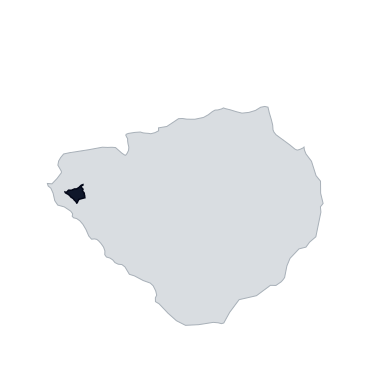 location of Baltasar Brum, Artigas, Uruguay, rotated 306°
{"feature_id": "84410073B74350998718142", "entity_name": "Baltasar Brum", "entity_type": "district", "adm_level": 2, "iso_a3": "URY", "parent_name": "Uruguay", "parent_adm1": "Artigas", "projection": "natural_earth1", "projection_center": [-57.383, -30.74], "detail": "fine", "context": "in_parent", "style": "filled", "palette": "ink", "viewbox_px": 384, "rotation_deg": 306, "n_neighbors": 0, "source": "geoboundaries", "source_scale": "gbopen_adm2", "svg_char_len": 3166}
<svg xmlns="http://www.w3.org/2000/svg" viewBox="0 0 384 384"><g transform="rotate(306 192 192)"><path d="M294.2,256.2L292.1,258.2L289.8,261.8L287.1,270.6L278.1,282.8L276.3,289.6L266.6,296.8L259.8,304.8L255.5,304.6L251.5,308.1L228.6,318.5L220.5,316.6L214.4,316.6L208.9,312.0L196.0,310.3L188.0,312.2L177.2,317.2L173.9,317.2L171.6,316.9L165.7,314.8L162.6,310.3L146.0,305.1L132.6,293.4L116.8,293.2L104.7,294.7L102.8,293.2L101.6,290.1L99.0,285.8L88.6,275.4L80.3,265.1L78.7,255.0L79.8,244.0L82.2,231.0L81.8,226.9L84.8,224.6L87.8,224.1L90.7,220.7L93.3,215.7L93.8,211.8L91.7,204.6L90.3,194.7L88.6,189.7L92.0,181.8L92.1,178.0L90.2,174.7L89.6,171.2L90.5,167.7L90.3,164.3L89.1,161.0L90.0,158.3L93.1,156.2L95.4,152.9L96.9,148.5L97.6,145.1L97.7,142.8L96.7,140.6L94.8,138.5L95.7,134.4L99.3,128.3L101.7,122.8L102.8,118.1L102.7,114.2L101.5,111.3L102.0,109.3L104.2,108.3L105.2,105.2L104.9,97.5L102.5,91.1L104.3,86.1L109.4,80.3L112.1,75.6L112.3,72.1L113.9,70.0L116.3,73.9L123.6,74.9L130.8,75.0L132.0,74.1L134.9,67.7L138.7,65.9L142.8,65.5L147.3,65.8L152.0,70.0L165.5,83.6L175.5,93.1L178.5,97.6L181.1,100.9L183.0,104.0L182.2,112.2L182.3,115.7L182.7,116.7L185.0,116.8L188.4,116.2L191.2,114.5L193.4,111.9L195.6,109.8L197.3,108.6L198.0,106.9L199.0,105.1L200.0,104.8L202.0,106.1L206.6,110.7L210.2,115.0L211.0,117.5L212.4,120.0L213.8,122.2L214.9,124.4L218.3,127.2L221.9,129.0L224.2,127.2L230.2,133.1L243.4,138.0L245.8,141.0L248.0,145.2L252.6,151.6L259.0,157.4L264.1,159.8L269.0,161.2L271.8,162.5L273.6,164.7L276.6,167.1L278.5,168.0L279.1,170.1L281.0,174.7L283.0,180.6L285.2,186.1L289.9,191.3L295.3,195.4L300.9,197.7L304.0,200.6L305.3,203.6L301.5,208.0L297.3,213.5L293.6,217.9L289.9,221.0L288.6,223.1L287.7,226.3L287.6,243.6L287.2,250.0L287.5,251.7L288.0,252.8L290.3,254.5L293.1,256.0L294.2,256.2Z" fill="#d9dde1" stroke="#a8b0b8" stroke-width="1"/><path d="M117.4,89.3L117.2,89.5L117.0,89.9L117.0,90.7L117.1,91.6L117.3,92.6L117.3,95.1L117.0,95.9L116.8,97.0L116.6,97.4L116.6,97.6L116.7,97.8L116.9,98.1L117.0,98.2L117.0,98.3L116.9,98.5L116.8,98.8L116.8,99.3L116.8,100.3L116.4,101.0L116.1,103.2L115.7,104.5L115.3,105.2L115.5,105.3L115.8,105.5L116.2,105.4L116.4,105.2L116.7,105.2L116.8,105.2L117.0,105.1L117.3,104.9L117.5,105.0L117.8,105.1L118.1,105.0L118.3,105.0L118.5,105.0L118.6,104.9L118.8,104.9L119.0,104.9L119.3,104.8L119.4,104.7L124.4,108.7L124.6,108.4L124.8,108.0L125.1,107.9L125.4,107.8L125.7,107.7L125.8,107.3L126.2,106.9L126.5,106.7L126.8,106.2L126.9,105.9L127.0,105.8L127.4,105.8L127.6,105.5L127.7,105.1L127.9,104.9L128.0,104.9L128.1,104.6L128.1,104.3L128.2,103.8L128.3,103.1L128.4,102.9L128.6,102.9L128.8,102.8L129.0,102.6L129.3,102.3L129.6,102.1L129.8,102.1L130.1,102.2L130.3,101.8L130.4,101.7L130.5,101.5L130.4,100.9L130.5,100.5L130.7,100.1L130.7,99.8L130.7,99.5L131.1,99.2L131.6,98.9L132.0,99.0L132.4,99.1L133.0,99.6L133.5,99.7L133.8,99.5L133.9,99.4L133.6,99.2L133.3,99.0L132.7,98.6L132.3,98.4L131.2,98.2L129.3,97.9L127.8,97.3L126.5,96.7L126.2,96.3L125.7,95.4L125.2,95.0L124.2,94.4L122.8,93.6L122.2,93.0L121.5,91.9L121.0,91.1L120.7,91.0L119.8,90.9L119.2,90.9L118.7,90.7L118.2,90.6L117.8,90.5L117.6,90.0L117.4,89.3Z" fill="#0f172a" stroke="#020617" stroke-width="1.5"/></g></svg>